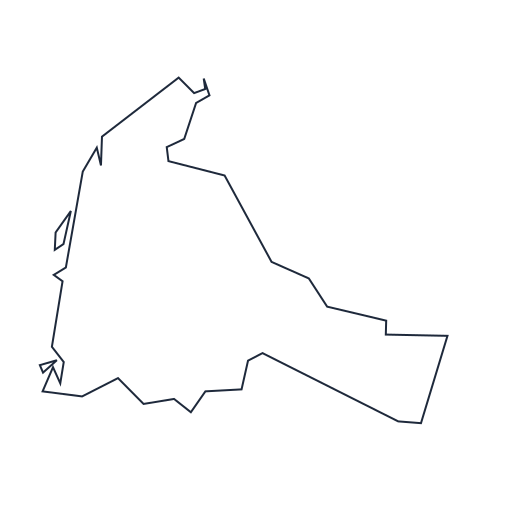 the border of Santa Catarina, rotated 189°
{"feature_id": "BRA-614", "entity_name": "Santa Catarina", "entity_type": "State", "adm_level": 1, "iso_a3": "BRA", "parent_name": "Brazil", "parent_adm1": "", "projection": "equal_earth", "projection_center": [-50.571, -27.663], "detail": "coarse", "context": "isolated", "style": "outline", "palette": "slate", "viewbox_px": 512, "rotation_deg": 189, "n_neighbors": 0, "source": "natural_earth", "source_scale": "10m", "svg_char_len": 747}
<svg xmlns="http://www.w3.org/2000/svg" viewBox="0 0 512 512"><g transform="rotate(189 256 256)"><path d="M54.4,207.1L66.9,116.7L89.7,114.9L234.4,161.1L247.5,151.4L249.4,122.0L284.8,114.4L295.9,91.5L314.6,102.0L343.9,92.3L373.2,113.8L405.8,90.1L445.6,88.9L439.1,114.4L429.4,99.6L429.3,121.2L443.4,134.4L443.1,200.8L452.8,205.7L442.0,214.9L440.3,312.3L430.2,338.1L423.3,321.2L426.8,349.8L360.3,420.1L342.6,407.2L332.3,413.0L335.4,423.1L327.1,407.4L339.1,397.8L345.2,360.4L361.2,349.6L357.3,336.0L299.6,330.6L239.7,252.6L200.3,242.1L177.8,217.1L117.3,212.5L115.5,198.7L54.4,207.1ZM455.7,230.6L457.6,247.9L445.9,271.5L448.0,237.7L455.7,230.6ZM452.4,114.4L436.4,121.9L448.1,107.5L452.4,114.4Z" fill="none" stroke="#1e293b" stroke-width="2"/></g></svg>